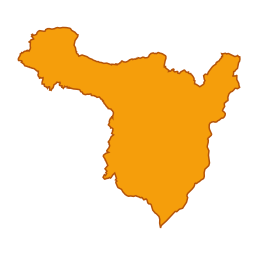 outline of Brad, Hunedoara, Romania, rotated 271°
{"feature_id": "2599482B48493283772972", "entity_name": "Brad", "entity_type": "district", "adm_level": 2, "iso_a3": "ROU", "parent_name": "Romania", "parent_adm1": "Hunedoara", "projection": "equal_earth", "projection_center": [22.817, 46.147], "detail": "fine", "context": "isolated", "style": "filled", "palette": "amber", "viewbox_px": 256, "rotation_deg": 271, "n_neighbors": 0, "source": "geoboundaries", "source_scale": "gbopen_adm2", "svg_char_len": 5901}
<svg xmlns="http://www.w3.org/2000/svg" viewBox="0 0 256 256"><g transform="rotate(271 128 128)"><path d="M198.7,238.7L201.1,238.5L201.2,238.0L201.0,237.7L202.4,236.3L201.9,235.7L201.3,233.6L204.2,227.2L204.1,226.2L203.8,225.5L204.4,224.0L203.8,221.4L204.0,220.4L203.1,220.8L203.0,221.2L201.1,221.2L201.2,220.6L200.6,220.2L199.7,220.2L198.4,218.9L196.7,217.9L196.3,217.0L195.2,215.9L195.3,215.4L194.2,214.8L193.4,214.8L191.7,212.3L190.2,210.9L185.3,207.4L182.9,206.5L183.2,204.3L181.6,202.7L177.8,203.5L176.8,204.2L174.9,203.1L174.3,203.4L173.6,203.1L172.7,202.3L170.5,199.1L172.7,195.7L173.5,193.8L176.5,194.0L176.8,193.1L178.3,193.2L179.5,192.8L181.9,191.2L182.6,190.1L183.5,189.8L183.5,188.2L183.8,187.6L185.0,187.5L184.7,186.6L184.8,185.6L185.2,184.9L186.8,183.6L186.9,183.1L185.0,179.8L183.4,178.5L183.4,178.2L183.8,176.8L185.0,176.8L185.4,176.3L184.9,173.8L185.4,173.0L186.2,172.6L187.4,172.9L187.7,172.5L187.0,171.6L187.4,171.5L187.1,170.9L185.6,169.6L185.2,167.6L186.2,168.0L188.6,164.7L190.1,164.4L189.6,163.3L191.1,163.1L195.7,163.9L198.3,164.7L200.3,164.6L200.9,164.2L202.7,161.2L203.3,159.4L203.3,158.6L203.8,157.7L204.0,156.8L202.9,155.2L203.1,154.5L202.9,153.7L203.0,152.9L203.5,151.9L202.9,149.7L201.3,148.1L199.5,147.3L198.7,146.1L198.4,143.6L199.0,142.7L199.1,141.5L197.9,139.0L198.5,136.9L198.1,136.8L197.5,135.8L197.8,135.1L196.9,134.5L197.1,133.0L196.5,131.6L197.0,131.2L197.0,130.5L196.0,128.1L195.6,128.0L194.4,126.0L193.8,124.4L194.1,122.2L194.8,121.3L194.8,120.4L193.1,119.4L192.9,118.6L192.2,118.1L191.6,116.7L191.8,115.2L191.1,115.6L191.5,110.7L190.9,110.5L192.5,105.7L192.2,102.7L193.1,100.0L193.1,98.5L193.9,97.0L193.8,95.7L194.7,93.8L195.1,92.4L196.1,90.8L197.0,88.2L198.6,85.8L200.2,80.8L199.0,77.6L201.0,76.6L201.3,75.8L201.9,75.4L202.7,75.0L203.4,75.3L204.1,74.6L207.2,74.1L209.9,72.6L214.5,73.5L218.1,75.9L219.2,76.3L220.4,76.3L220.5,75.4L222.8,73.3L224.6,70.0L226.3,68.8L226.7,68.1L227.3,64.8L227.4,61.1L226.8,58.1L227.2,55.6L226.5,53.4L226.1,53.1L225.5,50.2L226.0,47.7L225.9,45.8L224.9,44.0L223.4,43.4L223.2,42.5L223.8,38.0L223.3,36.8L221.9,35.5L220.1,34.9L219.3,33.2L218.8,31.0L219.4,31.4L219.9,31.2L220.1,30.8L219.6,30.2L219.3,30.7L218.0,30.0L217.6,30.8L217.0,30.8L216.8,31.0L215.6,32.1L215.2,32.1L214.5,29.5L213.5,29.1L212.5,27.6L212.1,27.7L211.8,28.9L208.4,28.8L206.6,29.1L205.4,28.9L203.2,27.7L203.8,26.9L203.6,26.5L203.9,26.3L203.9,25.8L203.7,25.5L203.3,25.9L202.8,23.0L201.3,21.4L201.6,20.4L200.8,20.0L200.1,19.0L199.8,19.2L198.5,18.8L195.8,17.3L194.8,17.1L193.6,17.4L193.4,20.5L192.5,20.9L191.9,20.2L190.2,22.6L188.4,23.7L187.7,26.6L187.3,27.1L187.3,28.4L186.8,28.8L186.5,30.4L186.2,30.8L185.7,33.2L183.4,36.0L183.1,37.4L182.4,37.2L180.5,37.5L179.6,37.0L178.0,37.6L177.1,38.5L176.2,38.7L176.4,39.4L176.9,39.7L176.4,40.9L176.8,42.1L175.2,42.1L172.4,41.3L170.5,41.3L170.3,43.5L169.4,43.4L168.3,43.8L167.6,45.8L167.1,45.9L167.1,46.7L166.5,46.9L167.7,47.5L167.9,48.6L167.5,49.0L166.5,48.7L165.6,49.2L164.6,49.0L164.6,50.0L164.3,50.5L166.3,51.5L166.3,51.9L167.2,52.5L170.0,53.3L171.3,55.3L172.4,55.9L172.6,56.3L172.2,57.5L172.5,59.1L171.5,59.4L170.5,58.7L169.5,58.8L169.0,60.0L169.0,61.2L167.6,61.1L167.5,61.8L166.5,62.6L168.3,63.9L168.0,64.0L168.4,66.4L167.0,66.6L167.7,68.3L167.3,68.5L167.1,69.3L166.8,69.0L166.8,69.9L166.1,73.0L165.9,76.0L165.5,78.8L165.0,79.4L163.6,80.0L162.9,81.8L161.7,82.2L161.0,83.4L160.6,84.8L161.1,86.7L161.0,88.1L161.4,90.1L161.2,90.5L159.9,90.8L159.7,94.1L159.1,94.5L158.9,95.6L158.1,96.5L158.5,98.7L158.0,99.4L156.6,100.2L156.5,101.0L154.8,102.7L154.7,102.5L155.0,102.0L154.1,102.5L153.1,103.5L152.1,103.7L151.3,104.7L149.2,106.1L147.8,107.7L147.1,107.8L146.6,110.7L146.0,110.9L145.3,111.9L143.6,113.0L142.9,113.2L140.7,112.9L139.8,112.4L137.9,112.5L138.7,112.0L138.9,111.5L138.4,111.2L137.9,111.4L137.3,110.2L136.7,110.2L135.7,109.5L133.8,109.1L132.9,109.4L130.8,108.3L128.9,110.4L127.8,110.6L128.1,111.1L127.4,112.5L127.0,112.9L125.3,112.9L124.8,112.5L124.2,112.7L122.3,111.8L120.9,113.7L119.1,111.4L115.7,109.9L113.7,108.5L113.2,108.7L112.7,109.5L111.6,109.3L110.6,109.9L109.6,109.9L108.1,109.4L105.0,107.2L104.2,107.4L103.3,109.1L102.3,106.3L100.4,104.0L99.2,103.8L96.3,105.7L95.7,105.7L95.6,106.0L90.2,108.5L86.8,105.7L84.5,107.7L82.9,106.6L82.0,107.4L80.1,106.3L80.9,105.2L78.3,103.9L76.5,105.4L76.7,106.6L77.1,107.1L77.4,109.1L78.2,110.4L77.6,111.2L78.1,111.9L80.9,113.7L82.7,115.5L77.4,117.4L75.9,116.4L75.7,116.9L74.7,117.8L73.8,116.8L72.9,116.9L69.0,118.6L68.2,119.2L66.5,122.6L64.1,124.0L61.5,126.4L60.3,128.3L59.8,129.8L60.1,131.9L59.7,134.7L60.5,137.1L60.0,137.8L59.2,140.4L58.6,141.4L58.5,142.8L58.8,143.0L58.6,143.4L56.5,145.0L56.7,145.8L57.0,146.0L56.9,146.4L57.4,147.1L57.2,147.6L56.3,148.3L53.4,149.1L53.2,149.6L52.5,150.1L52.4,151.8L51.7,152.5L46.3,154.2L43.4,156.7L42.8,157.8L40.0,160.6L37.1,161.4L33.4,161.3L28.6,162.3L31.0,162.9L35.9,168.1L45.4,176.6L45.2,178.2L47.7,180.8L48.7,184.0L54.8,187.8L59.5,188.9L61.0,188.1L62.3,188.2L63.8,189.0L68.2,193.3L70.3,194.9L72.2,195.6L73.6,195.8L74.0,196.6L73.7,197.5L75.3,199.4L75.6,200.2L77.3,202.0L78.6,204.2L79.3,204.7L81.1,205.1L84.6,204.9L88.1,205.6L91.8,209.4L94.5,210.1L102.2,208.9L106.6,209.3L109.9,207.7L111.1,207.5L115.0,208.4L117.4,208.5L118.3,207.8L119.4,208.4L122.1,211.3L123.3,211.7L128.0,209.5L130.0,209.1L132.9,209.2L134.3,209.9L135.4,211.6L135.8,213.5L135.4,214.9L135.7,216.6L136.7,217.5L137.6,219.2L139.4,221.2L139.6,222.8L140.8,224.1L142.6,224.9L144.1,225.0L145.4,224.1L146.8,222.3L147.2,222.2L148.7,222.8L151.3,224.3L152.7,223.9L154.5,223.9L155.7,225.5L156.3,225.7L157.0,227.2L157.5,227.5L160.6,227.3L163.8,228.3L165.7,229.9L166.4,231.5L167.8,233.0L169.4,234.2L169.6,234.9L169.2,236.8L170.6,238.9L172.5,238.2L174.6,237.9L178.4,235.9L182.9,235.9L181.8,235.3L182.0,234.5L181.6,231.5L182.0,232.1L182.7,232.4L186.2,232.7L186.5,233.7L188.0,234.7L189.5,236.4L195.5,237.5L196.5,238.3L198.7,238.7Z" fill="#f59e0b" stroke="#b45309" stroke-width="1.5"/></g></svg>